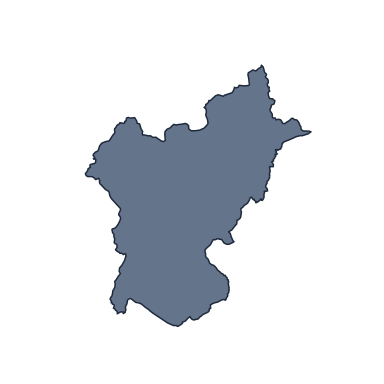 Mdrak District, Đắk Lắk, Vietnam (Robinson projection), rotated 225°
{"feature_id": "81297802B27744921596224", "entity_name": "Mdrak District", "entity_type": "district", "adm_level": 2, "iso_a3": "VNM", "parent_name": "Vietnam", "parent_adm1": "Đắk Lắk", "projection": "robinson", "projection_center": [108.788, 12.703], "detail": "fine", "context": "isolated", "style": "filled", "palette": "slate", "viewbox_px": 384, "rotation_deg": 225, "n_neighbors": 0, "source": "geoboundaries", "source_scale": "gbopen_adm2", "svg_char_len": 6063}
<svg xmlns="http://www.w3.org/2000/svg" viewBox="0 0 384 384"><g transform="rotate(225 192 192)"><path d="M137.2,239.0L139.6,241.4L140.2,242.8L141.3,243.5L141.1,244.0L140.0,245.1L139.4,246.3L141.2,247.5L143.1,247.5L143.8,248.0L144.9,249.9L144.9,251.0L146.3,252.2L146.4,254.7L147.0,256.1L147.2,257.0L148.6,258.2L148.8,258.8L150.3,259.7L151.1,261.6L151.8,262.3L154.8,264.4L154.8,265.2L154.1,265.5L153.9,266.1L152.6,267.1L152.8,267.9L154.0,269.0L155.4,269.4L156.4,269.4L156.8,269.7L156.9,270.5L156.3,271.5L157.6,272.6L157.4,273.9L158.0,275.2L158.0,276.2L158.3,276.6L159.7,277.2L158.8,278.2L158.7,279.2L160.6,279.3L160.9,280.2L162.5,280.6L162.8,281.2L162.6,281.5L160.9,282.2L160.7,282.4L161.0,283.0L160.4,283.5L160.2,284.3L159.7,285.0L160.7,287.6L162.4,289.8L162.1,290.4L162.7,291.2L162.3,292.7L159.8,298.5L157.3,305.1L155.1,308.6L153.8,309.8L150.9,315.5L150.5,318.5L152.0,318.0L156.6,313.8L157.5,313.4L159.7,313.8L161.3,315.2L163.3,315.5L164.2,316.2L166.7,316.9L168.9,317.0L170.8,315.6L172.5,315.5L173.4,314.9L173.6,314.3L173.7,311.0L174.4,308.5L174.7,306.0L176.6,304.6L178.1,305.3L180.4,305.7L182.4,304.5L183.5,302.5L185.5,303.1L187.2,301.6L188.0,301.6L190.3,303.8L194.3,304.7L195.6,306.1L196.0,307.9L197.2,309.3L197.2,310.0L196.4,311.6L196.3,312.4L197.8,315.0L198.2,315.2L199.6,314.8L200.8,315.0L202.9,313.1L204.9,313.6L206.4,314.4L208.1,315.9L208.6,316.7L208.4,318.3L210.4,319.1L211.3,320.6L211.6,320.7L212.4,320.1L214.9,321.2L215.3,321.8L215.2,322.9L215.4,323.3L217.3,325.0L218.7,325.3L221.1,325.1L221.6,325.5L222.0,327.1L222.5,327.8L223.0,328.0L224.8,327.9L225.8,328.2L228.3,329.8L230.3,330.8L232.4,330.7L232.3,330.0L231.4,329.0L232.2,326.8L232.4,323.2L233.1,322.3L234.8,321.6L235.4,321.0L235.8,318.3L236.4,316.8L236.4,315.9L235.4,314.5L232.2,312.4L227.6,308.7L227.3,308.3L227.2,307.5L230.2,303.8L234.0,300.9L234.0,300.3L233.5,299.4L233.5,298.7L234.5,296.8L235.9,296.0L235.1,294.6L234.0,291.9L234.0,290.2L237.3,283.7L237.7,281.6L238.6,281.3L242.2,279.3L243.4,276.7L243.7,269.5L244.7,268.6L244.3,268.1L243.8,266.8L243.7,265.1L244.2,263.6L243.5,263.0L243.0,262.1L243.1,260.4L241.1,260.6L239.5,259.7L238.2,258.5L237.1,256.6L236.6,256.2L235.0,255.2L233.6,254.9L231.9,253.9L229.1,251.8L228.8,250.0L228.6,245.8L230.4,241.0L233.4,237.2L235.5,235.1L236.5,234.6L238.9,234.4L241.4,236.5L243.2,236.5L244.8,236.0L245.3,235.6L247.2,232.7L249.1,230.4L250.7,228.1L252.7,226.9L252.9,223.8L252.7,222.0L253.8,219.5L254.0,218.4L253.8,215.8L252.4,213.9L247.4,209.6L247.7,207.8L248.1,207.3L250.6,206.1L252.2,206.1L252.9,205.7L256.1,205.3L258.5,202.8L260.9,202.5L262.8,200.7L266.1,198.6L267.5,197.4L268.5,198.2L269.6,199.8L270.6,200.2L272.4,200.5L276.6,202.8L277.6,203.0L279.3,201.8L281.3,203.1L285.1,204.0L287.8,200.7L289.8,199.6L290.5,198.4L290.3,197.5L289.1,195.9L289.4,194.2L288.7,193.6L288.5,192.7L289.0,192.1L291.9,190.1L291.6,188.8L292.2,185.9L291.5,183.9L291.4,182.1L291.1,181.5L288.8,179.6L288.3,178.8L288.2,176.4L286.8,170.0L286.9,169.3L288.7,166.6L290.2,163.1L290.3,161.5L289.8,159.0L288.0,155.7L287.7,154.6L288.0,152.9L288.5,152.0L288.4,148.9L287.7,147.9L285.3,147.7L285.1,147.5L285.3,146.0L284.7,145.8L283.5,147.0L283.1,147.0L282.5,146.5L281.3,145.0L281.0,143.9L281.5,142.5L283.1,140.1L283.3,139.2L282.5,138.1L281.3,137.5L281.9,135.1L281.7,134.4L280.9,133.6L280.4,129.7L279.3,129.0L277.2,128.9L276.1,129.6L274.7,131.2L273.4,132.2L271.2,132.8L269.1,132.6L268.6,133.2L268.1,135.0L267.5,135.6L266.0,134.9L265.4,135.0L264.5,133.5L263.0,132.8L254.9,132.6L251.8,133.4L250.6,133.3L247.2,131.1L244.1,130.3L231.0,129.7L229.9,128.8L228.5,125.1L227.8,124.2L227.4,123.9L226.3,123.9L224.5,123.4L223.6,122.5L222.8,121.0L221.5,117.3L220.9,114.0L220.9,112.1L222.2,109.5L222.1,108.9L221.1,108.2L219.4,107.1L217.2,106.8L215.3,104.9L213.8,104.5L211.2,101.2L209.8,101.1L208.4,101.7L207.4,101.3L205.8,99.7L205.3,97.3L204.7,97.0L202.8,97.2L200.7,97.8L199.5,97.7L198.4,99.1L196.3,99.2L196.0,100.4L195.1,101.2L194.3,100.8L193.2,99.5L191.3,96.0L189.8,90.7L189.5,87.0L187.4,84.4L184.9,83.6L184.4,79.7L183.6,76.4L183.4,74.2L181.2,72.5L179.4,70.4L178.7,68.5L178.1,66.1L176.4,64.0L175.2,62.0L174.9,60.2L174.4,58.6L173.8,58.2L172.4,58.0L170.7,56.6L170.1,57.1L169.2,56.5L167.2,57.0L166.4,56.6L165.4,54.3L163.4,54.7L162.5,54.3L160.8,54.7L159.5,53.9L158.8,53.2L158.5,53.6L157.8,56.5L156.4,58.0L155.8,58.5L154.8,57.5L154.5,57.7L154.2,59.7L154.7,60.1L155.3,61.7L155.8,62.2L157.4,63.2L158.2,64.5L158.9,66.8L161.1,70.0L161.2,70.7L160.5,72.7L159.9,73.4L154.1,74.1L153.3,74.4L151.7,75.7L148.4,77.1L143.9,77.4L139.7,78.2L137.6,78.2L133.4,78.8L116.6,82.2L110.6,84.5L108.8,86.4L107.4,86.7L106.8,87.4L105.9,91.6L106.0,92.6L106.7,93.1L105.4,96.2L105.7,99.5L105.3,102.4L103.0,101.9L101.5,102.1L99.9,103.1L99.3,104.6L98.7,105.1L98.0,106.4L97.9,107.0L98.1,108.9L97.7,111.1L97.8,112.8L96.2,117.0L95.7,118.9L95.9,120.2L97.1,121.4L97.2,121.8L96.5,122.8L99.2,125.3L98.0,129.0L95.9,132.5L94.7,136.7L93.4,138.6L92.9,138.9L92.2,138.9L91.9,139.1L91.8,139.5L92.6,141.1L93.1,143.3L93.6,144.2L94.8,145.0L94.8,146.2L95.3,147.4L96.0,147.8L96.3,148.9L97.3,149.5L98.1,150.6L99.0,150.9L99.5,151.5L102.0,153.1L102.3,154.3L103.4,154.6L104.1,155.5L105.1,155.1L106.8,156.2L108.2,156.1L109.6,156.5L110.5,155.6L112.2,155.9L114.4,155.1L115.8,155.3L118.3,154.9L121.6,155.5L124.3,155.6L127.2,154.4L129.0,154.1L132.9,155.8L136.6,155.9L138.7,157.9L141.0,159.3L141.8,160.5L142.0,162.2L141.7,167.8L142.8,171.4L143.2,173.2L143.1,173.6L142.0,174.4L141.5,175.4L141.3,176.6L140.8,177.1L138.4,178.5L137.7,179.4L133.3,178.6L130.6,179.5L129.1,181.0L128.5,182.1L127.3,185.6L127.2,186.5L128.7,186.6L132.5,188.0L135.7,189.8L137.7,189.7L137.9,189.9L137.1,192.9L137.1,194.2L137.6,197.7L137.8,201.1L140.2,203.9L139.6,204.9L139.5,205.6L139.5,207.8L140.0,208.9L142.8,212.7L144.7,213.8L145.6,214.6L145.7,215.0L145.3,216.8L145.6,219.3L145.0,222.0L144.9,223.6L145.7,226.8L146.7,228.7L146.7,229.6L146.1,230.5L145.5,230.2L143.5,229.9L143.2,230.0L143.0,230.7L141.8,230.2L140.1,230.5L139.6,229.7L139.1,229.7L138.3,232.2L138.2,234.1L138.4,235.8L138.0,236.0L137.2,235.3L136.5,235.6L136.4,236.7L137.2,239.0Z" fill="#64748b" stroke="#1e293b" stroke-width="1.5"/></g></svg>